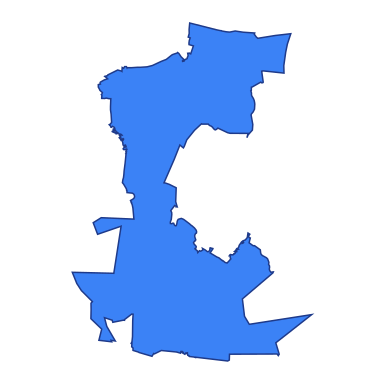 outline of Puente de Ixtla, Morelos, Mexico
{"feature_id": "50627088B15428140679131", "entity_name": "Puente de Ixtla", "entity_type": "district", "adm_level": 2, "iso_a3": "MEX", "parent_name": "Mexico", "parent_adm1": "Morelos", "projection": "albers", "projection_center": [-99.286, 18.588], "detail": "fine", "context": "isolated", "style": "filled", "palette": "blue", "viewbox_px": 384, "rotation_deg": 0, "n_neighbors": 0, "source": "geoboundaries", "source_scale": "gbopen_adm2", "svg_char_len": 5983}
<svg xmlns="http://www.w3.org/2000/svg" viewBox="0 0 384 384"><path d="M278.3,355.6L279.2,354.2L275.8,342.8L311.7,314.6L249.3,324.3L244.5,316.3L242.4,298.9L272.9,272.9L273.3,271.9L270.9,272.2L269.7,270.6L269.3,269.1L269.6,267.1L269.4,265.6L268.6,264.5L268.9,262.3L267.6,258.9L266.4,257.7L262.3,255.5L261.1,254.2L260.7,253.1L260.3,249.8L254.6,245.7L253.1,245.7L249.1,242.8L250.3,238.0L249.2,237.6L248.9,237.1L248.7,236.2L249.2,235.0L249.8,234.2L248.0,233.0L247.9,233.5L247.3,237.4L246.4,238.7L245.1,240.0L242.9,240.9L243.6,242.6L242.8,243.2L242.2,243.4L242.3,241.7L242.2,241.5L241.6,241.9L239.2,245.3L238.8,246.8L237.9,248.4L237.8,249.0L238.1,249.2L237.6,249.3L237.5,249.0L237.0,248.5L236.7,248.7L236.2,249.5L236.5,249.5L236.5,249.8L236.6,250.9L236.8,251.0L236.8,251.5L236.1,251.5L235.5,251.2L235.4,250.8L235.2,250.9L234.4,251.6L235.7,252.2L234.9,253.5L233.8,253.8L233.8,254.3L233.0,254.8L232.8,254.7L232.0,254.9L231.7,254.7L231.3,254.8L230.5,254.5L229.9,254.9L229.3,255.8L230.2,255.9L230.3,257.1L230.2,257.4L230.8,258.9L230.4,259.1L229.8,260.1L227.1,263.0L225.1,262.5L223.2,260.9L222.6,260.5L222.4,260.7L218.9,257.8L216.9,257.0L210.1,252.9L213.0,248.7L212.9,248.5L211.4,248.2L210.1,247.6L210.1,247.3L209.7,250.4L208.6,251.5L207.8,251.7L207.3,251.6L205.3,250.0L202.5,248.4L202.9,249.9L200.7,251.2L199.4,250.7L197.8,252.6L197.3,250.8L195.2,249.1L195.0,248.5L195.7,248.3L196.0,247.9L196.2,246.5L195.3,245.2L194.5,244.7L193.5,242.8L193.6,242.5L194.5,241.3L194.9,241.2L194.9,240.7L195.8,239.9L194.8,237.0L194.7,235.7L195.1,234.3L195.9,233.2L196.4,233.1L196.6,232.1L196.6,231.6L196.2,230.2L194.5,228.0L192.0,225.8L191.3,225.4L189.4,223.7L184.5,220.0L183.5,219.3L181.3,218.4L178.3,219.3L177.6,220.3L177.2,221.4L176.9,223.4L176.5,225.0L176.1,225.7L175.2,225.7L174.3,224.9L173.7,223.3L173.5,223.2L172.6,223.2L171.8,223.7L170.4,223.5L170.3,222.1L171.3,219.4L171.8,214.4L171.7,212.5L170.8,210.6L174.7,205.5L176.3,206.5L176.3,206.8L176.6,206.6L177.2,206.8L175.7,201.7L176.2,187.8L169.4,184.4L165.7,183.1L164.0,182.8L174.2,159.4L179.9,145.0L181.6,146.5L183.4,147.9L184.3,146.3L186.8,139.8L194.6,130.2L201.5,123.8L202.0,124.1L208.3,124.1L209.1,125.1L210.2,125.8L210.8,125.9L212.5,127.2L213.2,128.2L214.3,129.4L215.2,129.9L216.4,129.4L217.9,128.1L227.6,132.7L230.1,133.3L248.1,133.4L246.9,137.7L248.1,134.9L252.4,130.1L252.8,124.5L251.1,115.0L251.4,114.0L253.1,112.0L254.5,109.2L254.8,104.2L254.6,102.5L254.2,100.5L253.4,98.5L251.8,95.9L251.5,94.9L251.5,93.0L250.8,90.8L251.3,90.6L251.4,87.2L252.0,87.1L260.8,82.1L261.4,82.7L262.0,82.9L263.1,82.5L263.2,82.1L261.7,71.2L263.2,70.9L284.0,73.1L283.8,65.7L285.7,52.2L287.4,44.0L290.8,33.7L275.2,35.5L257.8,38.3L256.3,37.0L254.3,34.2L254.7,33.0L243.1,32.2L235.2,31.0L229.6,32.1L226.4,31.8L221.9,31.0L221.4,30.7L220.3,30.6L216.5,29.8L189.7,23.0L189.1,29.4L189.2,33.5L188.2,37.1L190.2,37.9L189.3,40.4L188.9,43.3L189.1,43.7L189.0,44.6L193.4,45.9L190.7,53.9L190.1,53.7L190.1,53.4L189.1,53.0L188.5,53.3L187.7,53.3L188.1,55.4L187.7,56.9L187.3,57.3L187.1,58.6L186.7,58.9L185.4,59.3L184.2,60.6L184.1,61.1L182.6,61.4L182.5,60.8L183.2,60.2L183.7,59.3L181.1,56.8L178.9,53.5L177.6,52.5L177.2,53.0L173.0,54.4L171.8,55.0L166.3,59.4L161.2,61.4L152.4,65.5L147.2,66.8L146.2,66.9L140.1,67.3L137.2,67.3L131.4,67.7L127.1,67.7L127.0,67.9L126.4,66.6L124.6,66.6L123.6,68.3L122.2,67.5L121.9,71.4L121.5,71.1L117.7,70.0L107.8,74.9L107.6,75.6L106.7,75.8L106.3,76.1L105.0,76.2L104.7,76.4L106.5,77.7L107.6,78.8L104.3,79.9L100.4,82.1L100.1,82.7L100.1,83.3L100.4,84.1L98.3,84.6L98.3,87.1L99.7,89.7L99.9,90.3L102.4,92.6L102.0,93.8L101.3,94.6L101.9,95.4L101.7,97.5L101.7,98.4L104.7,98.5L106.2,98.1L109.0,98.7L110.8,98.7L110.5,106.6L110.5,109.9L111.1,114.2L111.6,122.4L110.4,124.0L109.2,124.7L110.4,125.9L110.7,126.5L110.9,127.2L111.4,127.3L112.5,126.3L114.2,127.3L114.7,128.1L114.9,129.2L114.4,129.2L113.6,129.0L113.7,129.4L113.2,129.6L113.3,130.3L112.7,131.2L112.2,131.4L112.3,131.7L114.5,132.7L114.6,132.3L114.2,132.1L114.0,130.4L114.9,130.2L115.6,130.6L116.0,131.5L116.9,132.1L116.7,132.5L115.6,132.7L116.0,133.8L116.7,133.8L117.7,132.7L118.0,132.8L118.2,133.7L118.7,133.9L120.8,134.2L121.7,134.8L121.9,135.1L119.9,134.9L119.5,135.0L119.4,135.4L120.6,136.6L120.8,137.0L120.7,137.5L119.9,137.7L119.4,137.5L119.2,137.7L120.3,138.9L121.0,140.2L121.5,139.8L121.6,139.3L121.8,139.5L122.9,138.7L123.1,138.6L123.6,139.1L123.2,139.7L123.1,140.2L122.3,140.2L122.1,140.3L122.2,141.4L122.5,141.7L122.8,142.9L123.0,144.8L123.6,145.9L123.9,146.1L125.1,145.0L125.5,145.1L126.1,146.7L125.7,146.6L125.3,147.1L124.7,147.1L124.0,147.6L123.1,148.8L123.5,149.5L124.0,149.6L125.0,149.6L125.6,149.4L126.2,149.0L126.7,149.0L126.8,149.2L126.9,149.7L126.3,150.2L125.9,151.6L126.5,151.9L126.0,152.8L126.3,153.2L125.7,153.8L126.0,154.3L125.1,163.2L124.1,171.0L123.9,174.1L123.5,177.5L122.8,180.0L122.5,182.3L122.4,182.7L123.5,184.0L126.4,188.9L126.6,190.3L126.9,190.4L127.0,192.6L132.5,193.2L133.6,194.0L134.2,194.8L134.6,196.6L134.4,197.4L134.0,198.1L132.8,199.2L130.5,200.5L130.9,201.4L131.5,202.3L131.2,202.5L132.2,204.7L132.9,208.0L133.9,219.1L101.2,217.7L93.2,222.7L97.6,234.3L121.1,226.2L113.8,273.3L72.3,272.3L76.8,283.5L81.4,290.6L92.4,301.6L91.0,303.2L91.1,309.7L90.9,318.7L101.7,329.1L98.9,340.3L111.7,341.8L111.1,340.3L115.3,341.0L106.8,326.4L104.5,317.7L112.2,320.2L112.8,322.3L123.3,320.2L124.5,320.3L124.5,319.6L131.7,314.1L133.1,314.2L132.7,320.8L132.5,336.7L131.9,342.4L131.6,342.4L131.2,343.4L131.9,343.5L131.7,346.8L133.0,348.0L133.0,350.4L138.5,352.1L139.0,352.5L152.0,356.3L153.7,353.5L154.4,353.9L161.3,350.5L176.4,352.0L180.6,353.2L180.9,352.7L180.8,352.4L181.1,352.3L180.9,351.5L181.0,351.4L182.0,351.5L181.9,351.8L183.2,352.3L182.7,352.9L182.9,353.2L183.9,353.6L184.1,353.9L184.9,354.3L186.0,352.9L186.4,353.3L186.6,353.0L187.0,353.1L187.4,352.9L187.4,353.6L187.6,354.7L187.8,354.9L187.8,355.3L188.8,355.6L188.7,355.9L189.5,356.5L193.8,357.0L195.5,357.5L195.5,357.2L227.7,361.0L229.3,360.1L229.5,354.2L277.1,354.0L278.3,355.6Z" fill="#3b82f6" stroke="#1e3a8a" stroke-width="1.5"/></svg>